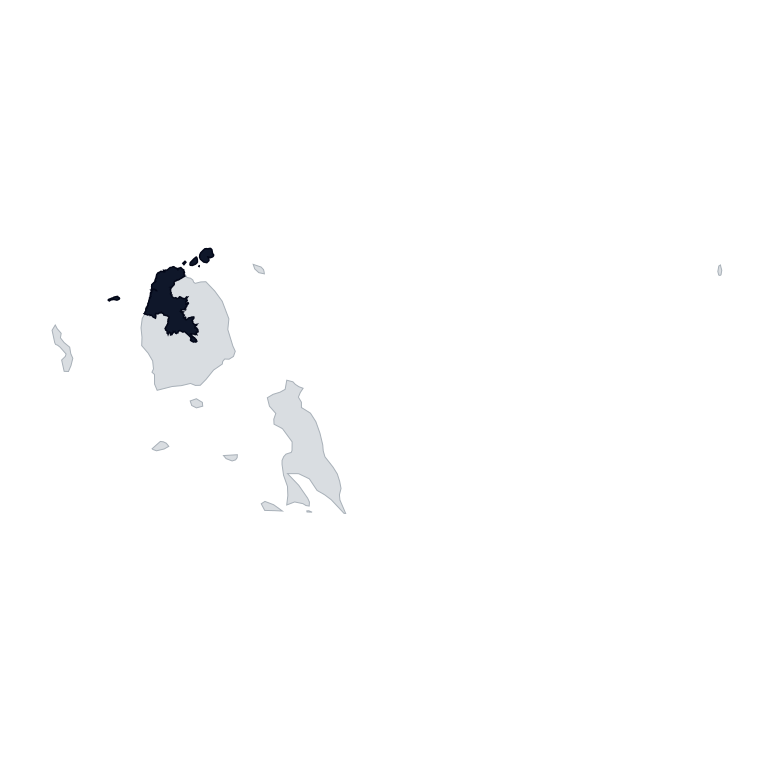 location of Nadroga-Navosa, Western, Fiji, rotated 92°
{"feature_id": "14151628B53702400461405", "entity_name": "Nadroga-Navosa", "entity_type": "district", "adm_level": 2, "iso_a3": "FJI", "parent_name": "Fiji", "parent_adm1": "Western", "projection": "robinson", "projection_center": [177.707, -18.082], "detail": "fine", "context": "in_parent", "style": "filled", "palette": "ink", "viewbox_px": 768, "rotation_deg": 92, "n_neighbors": 0, "source": "geoboundaries", "source_scale": "gbopen_adm2", "svg_char_len": 8290}
<svg xmlns="http://www.w3.org/2000/svg" viewBox="0 0 768 768"><g transform="rotate(92 384 384)"><path d="M364.6,539.7L364.6,544.1L367.1,546.0L369.7,546.3L376.0,554.8L385.7,562.1L391.7,567.6L392.0,572.4L390.2,577.4L392.7,586.4L393.9,595.7L398.2,610.5L392.1,613.3L382.5,613.7L380.3,616.3L377.0,614.9L369.0,616.0L361.4,620.8L354.1,627.5L345.7,627.5L336.3,628.8L326.9,627.9L320.2,624.4L308.5,620.6L293.0,617.3L286.5,614.5L281.1,610.2L276.1,599.3L275.3,594.0L276.1,588.8L280.7,587.1L284.5,584.5L285.0,581.1L286.7,578.7L288.9,577.8L290.0,576.2L288.4,570.7L288.0,565.6L297.0,556.4L306.9,548.6L324.3,541.3L335.0,542.0L351.3,536.4L356.5,533.8L361.7,535.4L364.6,539.7ZM514.7,419.4L501.5,432.7L496.7,439.6L492.7,447.2L481.4,455.3L476.6,466.2L476.9,477.3L488.2,465.7L500.8,456.3L504.6,454.4L508.6,454.5L508.2,457.7L506.4,460.9L505.0,469.2L508.3,477.0L498.9,476.2L489.7,476.9L478.7,481.2L467.9,483.1L463.9,483.2L460.1,481.7L457.5,479.5L455.6,474.3L453.6,473.6L445.0,473.8L432.2,483.9L428.0,492.5L423.0,492.9L417.2,491.1L410.2,497.7L401.8,500.1L398.2,494.5L395.8,487.6L392.8,482.6L383.6,481.3L385.0,475.1L387.5,472.6L389.7,468.9L391.1,464.7L395.5,467.4L400.1,469.1L405.1,465.9L410.4,465.7L415.7,456.5L424.0,450.8L435.4,446.3L447.0,443.1L453.0,442.4L458.8,440.5L468.9,432.0L475.6,427.5L482.9,424.9L489.9,423.3L496.3,424.7L501.5,424.0L514.7,417.8L514.7,419.4ZM382.5,699.8L382.5,704.1L371.3,707.0L367.5,703.4L365.1,702.8L358.5,709.0L356.6,711.6L355.9,713.6L354.2,714.5L341.9,717.6L336.5,714.6L340.2,712.5L344.6,708.4L349.2,709.0L353.7,705.2L358.2,699.4L364.6,698.1L369.2,695.9L376.6,697.5L382.5,699.8ZM514.5,498.8L508.0,502.5L505.5,498.9L508.5,490.1L514.5,481.1L514.4,488.4L514.5,498.8ZM457.5,612.7L456.8,613.5L449.2,605.5L449.5,602.4L450.8,599.5L453.8,596.9L456.6,601.4L458.7,609.0L457.5,612.7ZM412.2,575.4L407.7,577.1L405.3,571.0L408.7,564.9L412.5,564.4L414.4,570.6L412.2,575.4ZM464.1,539.2L461.1,541.9L459.8,528.1L462.8,528.2L465.0,529.7L466.2,533.1L464.1,539.2ZM273.5,517.2L269.0,518.9L271.4,510.9L273.9,508.4L275.5,507.9L278.1,507.4L277.1,513.0L273.5,517.2ZM263.4,53.3L259.9,54.3L254.4,53.5L253.3,51.9L255.0,51.5L258.6,50.4L263.1,51.0L263.8,52.0L263.4,53.3ZM514.6,456.5L513.5,456.7L513.3,454.7L514.6,451.4L514.6,456.5Z" fill="#d9dde1" stroke="#a8b0b8" stroke-width="1"/><path d="M283.2,586.8L282.0,587.4L281.9,587.7L281.6,587.8L280.9,587.6L280.2,587.8L279.6,587.4L279.3,587.9L279.0,587.5L277.4,588.2L276.9,588.2L276.8,588.9L276.2,589.6L276.2,589.9L275.7,590.1L274.7,591.1L275.7,593.5L277.0,594.0L276.8,594.4L276.0,594.5L276.0,594.9L275.6,595.3L275.3,596.5L274.3,597.8L274.1,598.5L274.3,599.3L274.8,600.0L275.1,601.9L277.9,604.8L277.7,606.0L278.1,606.9L279.4,606.9L279.7,607.7L279.4,608.1L279.4,609.8L279.1,610.8L280.2,612.4L280.9,612.7L280.9,613.2L280.6,613.4L280.8,613.8L282.6,615.0L283.7,615.2L284.1,615.0L284.7,615.4L285.2,615.5L285.6,615.0L286.0,615.0L286.1,615.6L286.4,615.8L288.5,616.5L288.9,616.5L288.9,615.9L289.2,615.6L289.6,615.8L290.0,616.2L289.7,616.3L289.7,616.7L290.3,617.1L291.0,617.9L291.7,618.0L291.8,618.6L292.9,619.6L294.6,619.5L294.9,619.7L295.9,619.4L298.3,619.9L297.7,619.4L297.2,617.2L297.6,616.0L298.3,615.2L298.2,614.9L298.6,614.6L298.6,615.2L297.8,616.0L297.5,617.0L298.1,619.5L298.5,619.7L298.5,620.0L299.1,619.4L300.0,619.3L300.4,619.5L300.1,619.6L300.3,620.2L301.3,620.6L302.5,620.5L302.6,620.3L303.3,620.7L304.0,620.7L304.3,620.2L304.7,620.1L305.5,621.2L306.1,620.7L306.6,621.3L308.8,621.8L309.2,622.0L310.7,622.0L311.6,622.8L312.6,622.6L313.2,622.9L313.8,622.7L313.8,623.0L313.8,622.7L313.7,622.6L314.0,622.7L314.2,623.2L314.8,623.3L315.5,624.0L316.3,623.8L316.4,624.0L316.5,623.8L317.1,624.5L318.3,624.7L319.0,624.5L320.7,625.5L321.5,625.5L322.0,626.2L322.5,625.5L322.4,625.1L322.9,623.9L322.8,623.3L323.3,622.7L322.8,620.9L323.1,620.4L323.7,620.2L323.3,619.1L323.6,618.5L325.1,617.1L326.2,614.7L325.8,614.6L325.7,614.8L324.6,614.4L323.7,614.5L323.1,614.9L323.0,614.6L322.3,614.8L321.6,614.5L321.8,614.2L321.5,613.6L321.8,613.2L321.6,611.9L321.3,611.5L320.8,611.3L320.8,610.6L320.4,610.3L320.7,609.8L319.9,609.0L321.0,608.2L320.9,607.5L321.3,607.3L321.5,606.8L322.8,606.4L322.8,605.4L323.1,605.0L322.9,604.4L323.3,603.7L323.1,603.1L324.2,602.0L324.4,601.5L324.9,601.2L325.6,601.3L326.9,602.1L328.4,601.6L328.7,601.9L328.7,602.2L329.2,602.2L329.6,601.8L330.1,601.8L330.8,602.3L331.7,602.2L332.5,602.9L332.9,602.8L334.1,603.7L336.3,604.7L336.8,604.3L337.7,604.1L338.2,603.0L339.4,602.5L340.7,602.6L341.3,601.7L341.9,601.5L341.6,601.4L341.2,600.7L340.6,600.7L340.3,600.4L339.6,600.8L339.4,600.4L339.8,600.0L340.2,598.9L342.4,598.9L342.0,597.6L340.4,597.1L340.4,596.6L339.9,596.3L338.8,596.4L339.1,595.9L338.7,594.8L339.5,594.9L339.9,594.1L340.5,594.1L340.8,593.2L340.4,592.9L340.0,591.8L339.6,592.0L338.9,591.4L338.2,591.2L338.3,590.8L337.8,590.3L337.8,589.5L338.2,588.9L338.3,588.3L339.1,587.2L339.0,586.4L338.7,586.4L338.3,585.5L342.0,581.0L344.4,578.5L345.0,578.7L346.1,578.4L346.5,578.5L346.7,578.9L347.2,578.8L348.2,577.1L347.9,576.7L348.0,576.5L348.7,576.0L348.3,575.0L348.5,574.8L348.3,574.3L348.7,573.5L347.7,572.5L347.0,573.1L347.2,573.6L346.1,573.3L345.8,574.2L345.4,574.2L344.4,575.0L344.2,575.7L344.3,576.5L343.8,576.8L343.3,576.6L342.8,577.5L342.1,577.8L341.7,578.5L340.8,579.4L340.6,579.3L340.7,578.8L340.5,578.3L340.8,576.2L340.7,575.7L340.9,574.9L341.2,574.7L341.3,574.3L341.1,574.0L340.9,574.4L340.5,574.4L340.5,574.1L341.0,573.0L340.3,573.3L340.1,573.2L338.9,573.5L338.9,572.9L338.5,572.7L338.6,572.0L338.3,571.6L337.9,571.9L336.6,571.8L336.1,572.1L336.2,572.6L335.9,572.8L335.5,573.0L335.1,572.8L334.5,573.3L334.4,573.7L334.6,574.8L334.2,575.0L332.9,574.8L332.8,574.5L332.3,574.3L332.0,573.4L331.3,573.5L331.0,573.2L331.4,575.0L331.2,576.0L330.5,576.1L330.2,576.7L329.1,577.4L328.6,577.5L328.3,577.3L327.8,577.4L327.4,578.0L326.3,577.7L325.7,576.8L325.1,576.4L323.8,576.3L323.6,577.0L323.8,577.8L324.1,578.0L324.2,578.4L323.9,578.6L324.4,579.7L324.7,581.3L324.9,581.8L325.4,582.0L326.3,582.9L326.7,583.8L326.6,584.3L326.2,584.4L326.3,584.8L325.9,585.1L325.2,584.6L324.6,584.5L324.2,584.7L324.8,586.7L323.3,586.7L322.2,586.0L321.7,587.1L321.2,587.7L320.6,587.8L320.6,587.4L320.1,587.8L319.7,587.6L319.5,587.8L319.3,587.5L319.3,587.9L318.9,587.7L318.9,588.1L319.6,588.8L319.1,589.6L318.7,589.9L318.6,589.2L317.7,589.4L317.3,588.9L316.8,589.1L316.9,588.5L316.6,587.4L316.8,585.4L316.2,585.7L315.7,585.4L315.7,585.1L315.2,585.5L314.5,584.6L313.3,584.4L312.9,583.7L311.8,583.6L310.5,582.3L309.7,582.5L309.5,582.9L309.8,583.1L310.2,582.8L310.5,583.1L311.0,584.0L311.1,584.9L310.9,584.9L310.3,584.6L309.4,584.9L308.8,584.6L308.3,584.9L307.6,583.6L307.3,583.6L306.9,584.0L305.3,584.2L304.8,584.5L304.6,584.5L304.4,583.7L304.1,583.5L304.2,583.8L303.9,584.4L304.9,585.1L305.4,585.0L305.8,585.5L305.5,587.0L305.8,587.6L305.4,588.1L305.4,588.6L305.0,588.9L304.9,589.7L304.6,589.7L304.1,590.4L304.2,590.9L304.0,591.4L305.0,592.1L305.3,592.0L306.0,594.0L305.3,594.5L305.0,595.4L305.5,596.8L305.0,597.8L304.6,598.1L304.3,598.8L303.4,599.2L302.5,599.0L302.3,599.9L301.8,600.4L301.2,600.5L300.9,599.9L300.3,599.8L299.5,600.4L298.2,600.5L296.7,600.9L296.2,600.2L295.4,600.4L294.9,599.8L294.8,600.1L294.7,599.6L294.2,599.4L293.6,598.5L292.9,598.1L292.1,597.2L290.9,597.1L290.3,597.6L289.4,597.2L288.2,596.0L288.2,595.4L287.5,594.9L287.6,594.5L287.1,593.9L287.3,593.5L286.6,592.1L286.0,591.6L285.8,590.9L284.3,588.7L284.2,588.8L283.2,586.8ZM263.1,560.1L262.5,559.3L261.7,558.8L260.8,558.8L259.5,559.9L255.8,560.7L254.7,561.8L254.5,562.5L255.0,564.7L255.2,564.8L254.9,565.9L255.1,567.7L256.5,569.2L259.2,571.7L261.4,572.6L263.8,572.7L265.7,571.8L268.4,568.5L268.9,565.3L266.8,563.3L265.2,563.4L263.1,564.4L263.3,562.8L263.9,562.2L263.1,560.1ZM272.1,581.7L272.2,579.6L270.8,576.6L269.6,575.3L268.6,574.7L266.2,574.9L264.6,575.3L263.7,575.9L263.7,576.2L265.6,578.4L269.4,581.8L271.2,582.1L272.1,581.7ZM309.9,662.5L310.6,661.4L309.5,659.9L308.9,656.9L309.5,653.9L309.2,653.0L308.3,651.5L307.7,651.3L307.1,651.6L306.6,652.7L305.8,653.2L305.8,653.8L306.6,656.9L307.4,657.9L307.8,659.4L308.4,660.3L308.8,661.7L309.5,662.5L309.9,662.5ZM271.7,588.1L269.2,586.2L268.3,587.2L270.4,589.3L271.7,588.1ZM272.9,573.2L273.0,572.8L272.4,572.8L272.5,573.1L272.9,573.2ZM278.0,608.3L278.3,608.2L278.4,607.9L278.0,608.1L278.0,608.3Z" fill="#0f172a" stroke="#020617" stroke-width="1.5"/></g></svg>